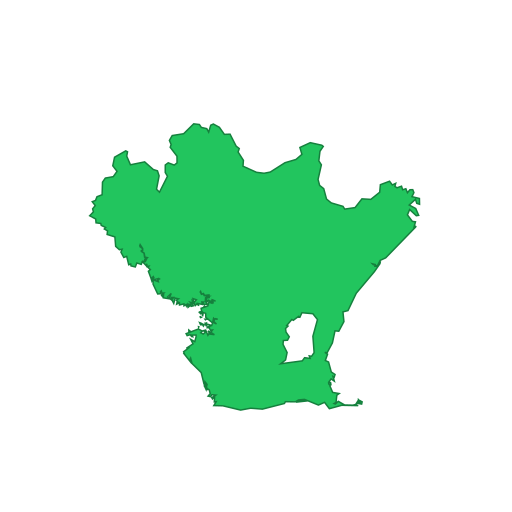 Panamá, Panama, rotated 306°
{"feature_id": "35544464B75623018343213", "entity_name": "Panamá", "entity_type": "district", "adm_level": 2, "iso_a3": "PAN", "parent_name": "Panama", "parent_adm1": "", "projection": "robinson", "projection_center": [-79.506, 9.204], "detail": "fine", "context": "isolated", "style": "filled", "palette": "green", "viewbox_px": 512, "rotation_deg": 306, "n_neighbors": 0, "source": "geoboundaries", "source_scale": "gbopen_adm2", "svg_char_len": 6160}
<svg xmlns="http://www.w3.org/2000/svg" viewBox="0 0 512 512"><g transform="rotate(306 256 256)"><path d="M333.2,175.4L339.3,163.4L335.8,158.9L338.6,150.7L337.7,143.9L335.2,142.5L328.4,144.9L330.1,141.3L327.9,136.2L329.1,132.9L326.3,127.9L312.4,125.6L304.2,117.4L298.6,118.0L296.3,121.8L293.5,122.7L290.3,133.4L284.9,137.4L281.5,136.4L279.8,130.2L276.3,129.1L270.2,133.5L268.5,137.5L250.9,140.4L251.5,136.3L263.9,130.5L267.0,126.2L265.6,122.1L266.7,110.6L256.0,100.8L260.8,92.7L264.8,90.8L264.5,88.8L252.8,83.5L244.8,87.1L242.8,93.8L236.3,93.9L230.5,88.3L225.5,88.4L215.1,95.5L210.5,92.5L206.6,93.5L203.7,91.6L202.3,96.3L198.1,96.1L196.2,98.5L190.8,97.8L191.7,104.6L188.8,107.1L191.1,111.3L189.8,112.8L190.7,117.6L188.7,117.4L189.1,121.1L185.9,122.9L188.5,130.6L181.3,136.8L180.8,141.8L182.8,143.7L179.7,144.5L177.1,149.9L179.7,151.6L174.1,158.2L175.9,159.3L174.5,160.7L176.2,164.8L180.3,163.7L181.8,168.1L185.0,167.2L186.4,169.2L188.0,167.9L190.6,168.9L189.5,166.6L192.5,163.7L192.3,161.3L192.6,160.4L193.1,160.1L193.9,160.9L195.3,159.8L195.3,156.8L196.0,155.9L197.1,155.6L195.5,159.9L194.0,161.0L192.6,160.4L192.6,163.8L189.8,166.8L190.8,169.0L186.4,169.7L184.6,167.8L183.7,172.6L185.5,172.2L183.3,173.9L184.8,175.3L183.3,175.3L182.9,178.5L180.4,177.9L176.1,184.4L179.0,185.0L178.4,186.1L175.8,184.7L174.5,186.5L177.5,186.0L176.9,187.5L180.7,190.5L180.7,191.4L178.0,190.4L178.4,191.4L177.8,192.1L176.3,186.7L172.7,189.3L167.5,198.8L169.5,201.1L171.0,199.7L172.1,199.9L170.7,201.6L171.9,203.2L168.7,202.6L168.2,204.3L168.9,204.6L169.4,204.0L170.3,204.0L167.7,205.6L170.4,211.0L171.0,208.5L175.9,209.4L170.9,210.6L170.8,213.1L172.7,211.9L174.0,213.7L171.1,213.7L169.3,217.3L174.4,215.3L175.8,218.4L173.4,217.5L172.9,220.2L172.5,219.2L170.4,220.1L173.2,221.5L171.4,222.9L174.9,225.8L173.4,227.0L175.5,227.9L174.6,229.1L176.5,228.8L174.5,231.2L175.8,231.5L176.6,230.0L177.6,230.0L176.6,232.5L178.4,230.7L177.2,233.2L178.9,234.6L179.9,230.1L180.6,232.4L182.6,230.5L182.4,232.9L184.5,230.1L185.6,233.5L180.9,233.2L180.3,236.1L182.4,236.2L182.3,239.0L183.4,236.8L185.2,240.9L187.0,239.2L188.0,240.7L185.7,241.2L188.3,245.3L189.7,241.5L192.6,239.7L195.9,241.7L193.5,237.3L194.5,235.7L192.9,234.4L194.1,232.0L194.8,232.0L193.2,234.3L194.8,235.5L193.9,237.6L196.9,240.8L194.9,242.6L192.5,240.4L190.2,243.4L192.3,243.4L193.1,248.2L194.2,246.4L195.0,246.5L195.7,249.9L194.8,246.5L193.5,248.4L191.9,248.3L191.1,245.0L187.2,246.4L181.4,242.3L175.8,248.3L179.2,246.5L180.0,249.0L176.9,251.4L176.3,260.1L180.7,258.3L180.5,259.2L181.7,260.3L182.3,262.2L180.5,259.4L178.1,260.7L177.8,264.0L177.1,260.0L173.6,261.0L173.2,259.3L171.1,259.1L172.1,259.9L170.1,260.3L169.4,262.9L170.6,264.3L167.7,264.3L167.9,268.6L165.8,264.8L167.4,264.2L167.2,261.2L166.3,263.4L163.6,263.7L166.5,258.8L164.4,257.1L165.1,259.9L161.8,259.2L161.4,256.4L163.7,256.8L163.1,252.3L152.1,245.1L151.1,247.1L153.6,249.0L153.0,251.3L153.5,252.3L154.4,250.7L156.8,254.0L155.5,255.0L150.7,256.8L150.2,252.2L147.9,256.7L140.4,253.9L143.2,255.9L136.0,253.7L134.8,255.7L134.9,254.2L131.3,267.2L134.3,263.2L135.0,263.1L131.4,267.5L129.5,280.2L122.1,288.9L122.1,291.7L122.7,289.8L124.3,288.7L123.4,291.9L121.1,292.8L118.8,295.6L120.1,294.4L120.2,296.9L117.7,299.9L114.5,299.6L115.5,302.0L117.8,301.8L119.8,305.2L115.4,303.5L114.8,304.8L117.9,305.2L113.5,308.0L114.8,309.4L110.2,309.8L115.3,317.2L122.3,334.1L129.7,341.1L135.9,351.2L153.4,365.7L155.4,365.4L161.2,373.6L164.6,375.0L168.5,379.5L172.1,394.1L177.9,397.5L175.6,405.1L185.6,413.1L195.0,426.6L194.4,424.1L196.1,423.9L198.3,428.5L200.4,427.6L199.9,423.9L198.6,426.3L197.2,425.3L199.3,423.6L194.5,423.9L192.3,422.1L187.6,415.3L186.8,408.0L182.9,407.2L182.5,405.9L184.6,406.8L190.9,403.2L193.6,404.1L190.7,398.2L194.3,392.2L194.9,391.7L195.5,392.3L195.8,392.2L196.8,391.8L194.9,391.6L195.3,389.9L196.8,389.3L196.7,391.4L197.4,390.8L196.8,389.0L200.7,389.0L200.8,392.9L203.8,389.1L203.9,390.5L206.6,389.6L206.4,385.1L212.9,377.0L212.2,373.5L218.6,371.6L218.5,368.3L219.6,370.4L230.6,368.9L241.9,363.9L243.8,367.2L254.6,365.7L261.9,359.2L265.9,362.5L284.8,359.0L312.9,361.0L322.6,360.8L324.9,359.8L320.9,360.6L318.7,359.8L317.6,358.2L319.0,357.5L317.9,356.0L318.1,354.8L319.2,357.5L317.9,358.4L319.9,359.9L325.4,359.0L330.7,362.0L373.2,368.1L374.4,367.8L370.7,367.5L377.4,364.9L375.9,362.1L378.3,354.3L383.9,353.0L382.8,362.0L384.5,363.7L388.3,357.3L387.3,350.0L395.6,351.7L393.1,355.1L394.0,357.9L398.6,354.4L395.7,347.3L400.1,346.5L401.8,343.8L400.1,341.6L396.2,341.3L398.5,337.7L395.8,335.7L398.0,332.7L394.1,330.0L393.9,327.5L396.9,326.3L393.6,324.5L395.0,320.1L386.8,314.7L380.3,318.6L369.3,315.6L364.5,308.1L353.4,307.7L346.1,300.2L347.3,297.2L343.2,285.7L343.5,279.6L350.3,271.2L350.5,266.0L354.4,261.2L368.2,255.3L369.9,250.9L378.3,246.2L384.2,246.0L384.3,244.1L379.6,233.3L369.6,227.7L365.2,233.4L357.6,231.6L348.5,224.6L332.3,218.2L327.7,213.9L324.0,207.2L321.0,192.7L326.0,189.6L329.6,180.4L333.1,179.3L333.2,175.4ZM217.8,321.7L225.7,322.3L225.9,324.0L232.8,326.1L231.4,326.3L232.2,327.5L237.1,326.5L242.7,335.9L240.7,343.1L224.5,349.2L212.0,359.8L207.5,359.9L206.5,357.8L205.0,360.0L202.3,355.1L198.4,355.1L183.3,339.3L189.3,341.0L196.2,337.9L200.4,329.8L203.7,327.8L206.4,331.0L210.2,330.4L212.1,325.0L214.7,322.5L218.1,323.1L217.8,321.7ZM167.9,379.3L161.3,374.3L168.4,382.1L167.9,379.3ZM171.5,254.6L170.4,256.4L172.6,257.6L171.5,254.6ZM121.8,289.5L120.2,291.0L120.3,292.6L121.9,291.7L121.8,289.5ZM168.9,249.7L167.8,251.6L168.8,252.9L169.3,252.0L168.9,249.7ZM174.2,247.8L174.2,246.0L173.6,247.4L174.2,247.8ZM156.6,245.2L155.4,246.1L156.5,247.0L156.6,245.2ZM169.8,254.5L169.5,252.3L168.4,254.6L169.8,254.5ZM118.8,293.8L120.1,293.0L119.8,292.0L118.8,293.8ZM177.9,245.0L176.9,244.5L176.8,245.1L177.9,245.0ZM175.6,252.8L174.9,251.9L174.7,252.6L175.6,252.8ZM170.7,259.5L170.0,258.1L169.3,258.7L170.7,259.5ZM185.3,243.7L184.2,243.2L185.2,243.9L185.3,243.7ZM178.1,243.7L177.4,243.1L176.4,243.5L178.1,243.7ZM168.4,263.4L169.2,262.7L168.4,263.4ZM175.9,254.3L176.6,253.8L176.4,253.3L175.9,254.3ZM171.9,255.2L172.5,255.1L172.0,254.7L171.9,255.2ZM164.6,251.5L165.1,251.4L165.0,251.1L164.6,251.5Z" fill="#22c55e" stroke="#15803d" stroke-width="1.5"/></g></svg>